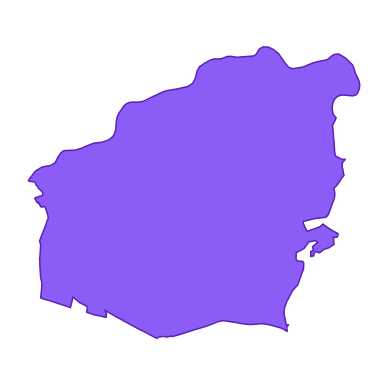 Pelču pag., Kuldigas, Latvia (Albers equal-area conic projection), rotated 272°
{"feature_id": "27541924B78611617538916", "entity_name": "Pelču pag.", "entity_type": "district", "adm_level": 2, "iso_a3": "LVA", "parent_name": "Latvia", "parent_adm1": "Kuldigas", "projection": "albers", "projection_center": [21.992, 56.908], "detail": "fine", "context": "isolated", "style": "filled", "palette": "violet", "viewbox_px": 384, "rotation_deg": 272, "n_neighbors": 0, "source": "geoboundaries", "source_scale": "gbopen_adm2", "svg_char_len": 5056}
<svg xmlns="http://www.w3.org/2000/svg" viewBox="0 0 384 384"><g transform="rotate(272 192 192)"><path d="M59.6,283.8L59.6,284.2L59.0,286.0L58.6,286.9L58.2,288.0L57.7,288.9L56.8,290.5L56.1,291.8L56.7,292.1L59.7,291.3L62.5,293.0L62.7,290.7L70.9,288.9L73.4,288.3L79.4,288.4L87.0,291.0L88.2,291.8L89.3,292.3L93.5,294.3L96.1,295.5L96.5,295.7L101.8,300.0L102.9,300.9L105.2,301.7L114.3,304.5L114.5,304.6L114.8,304.7L116.1,305.1L118.4,306.1L124.5,306.2L126.5,305.2L126.7,299.9L128.1,298.4L130.4,298.3L130.6,298.3L134.4,298.3L135.0,298.5L135.6,299.4L138.1,303.7L139.3,305.8L145.9,310.3L146.1,310.5L146.2,310.9L147.7,316.8L146.0,319.4L141.7,314.4L138.0,315.2L137.8,315.2L137.7,314.9L136.6,312.7L131.8,313.0L132.4,315.9L134.5,316.0L136.8,317.5L135.6,321.4L138.5,324.9L139.5,326.4L140.9,330.5L144.6,335.8L149.0,335.2L151.5,335.0L152.1,338.8L154.8,339.5L155.5,339.3L155.5,338.9L155.9,338.6L156.1,338.2L158.2,333.9L160.3,330.2L164.5,324.0L161.5,320.8L161.5,320.7L161.3,319.9L160.3,317.5L156.7,308.5L160.2,306.5L160.6,306.3L164.4,304.3L166.5,304.3L169.8,315.9L171.3,326.1L171.4,326.7L172.9,327.7L172.7,328.0L174.6,329.2L177.5,330.2L180.2,331.1L182.1,331.5L184.4,332.3L186.6,333.1L188.7,333.9L191.7,334.6L193.2,334.8L194.4,334.8L196.0,334.7L198.8,334.1L199.8,333.9L200.8,333.7L200.9,333.8L202.2,335.1L203.8,336.6L207.8,339.3L210.2,340.4L213.9,343.3L218.6,342.1L219.3,342.2L221.7,341.3L225.9,341.2L226.3,340.8L227.2,342.0L227.5,342.2L227.8,342.4L229.6,343.7L230.1,343.7L230.0,343.2L230.0,341.8L230.0,340.8L230.3,339.8L230.9,338.4L232.0,336.3L233.2,333.9L237.3,333.2L238.6,333.0L248.4,332.1L249.6,331.7L252.6,331.5L258.8,330.8L260.4,330.6L261.5,330.4L263.1,330.0L268.1,332.3L269.1,332.7L271.1,333.4L274.4,330.5L276.9,329.8L281.0,329.2L285.6,329.6L289.3,331.0L292.5,333.8L293.9,337.2L294.2,340.3L293.8,346.2L293.7,349.6L295.0,352.9L297.4,354.4L301.2,355.7L305.2,355.9L309.3,354.8L313.4,352.8L316.9,350.9L320.6,349.8L324.6,348.0L325.7,346.8L328.5,343.9L330.6,341.5L332.8,338.1L335.1,333.7L334.7,330.4L334.1,328.6L332.7,326.8L329.8,323.6L329.0,322.3L328.2,319.9L327.3,315.4L325.1,308.0L322.8,303.0L320.8,298.7L318.7,288.3L320.1,284.1L325.2,279.7L333.6,273.4L337.3,268.3L339.5,263.4L339.5,258.0L337.3,254.3L331.9,251.4L330.1,248.8L328.6,235.3L328.2,232.4L329.0,225.6L328.6,222.3L326.5,217.5L325.9,214.5L325.7,209.3L324.5,205.8L321.7,200.9L317.4,195.1L313.5,193.0L305.6,191.3L300.5,188.8L297.2,183.9L295.6,177.6L294.5,173.7L292.4,163.0L291.1,159.6L289.3,155.8L288.2,154.1L287.1,151.8L286.5,150.5L285.8,149.2L283.7,145.3L282.5,143.1L281.0,140.2L280.6,139.0L280.5,137.8L280.2,136.6L279.8,133.1L279.9,130.9L279.4,126.6L278.2,123.8L275.7,120.9L271.5,118.4L268.9,116.6L267.6,116.0L267.4,115.9L265.4,114.9L261.0,114.0L251.2,113.5L245.9,111.8L242.9,109.2L240.6,105.6L238.9,101.0L238.5,100.0L237.4,92.3L234.1,84.5L231.8,80.0L229.8,73.9L229.0,64.0L228.4,61.7L226.5,59.6L222.4,56.9L216.4,54.2L213.6,49.7L211.8,41.4L207.7,35.0L201.1,30.2L197.8,28.1L197.1,29.3L196.9,29.3L196.9,29.6L196.9,30.0L196.7,34.3L194.4,35.8L193.4,35.9L193.0,36.6L192.5,37.1L191.4,37.7L190.1,38.6L190.0,39.0L189.2,39.8L189.0,40.1L188.4,40.8L187.8,41.3L186.9,42.1L186.3,42.6L186.0,42.8L185.9,42.8L183.2,42.8L182.9,41.8L182.3,39.6L182.1,38.9L182.0,38.7L181.7,37.9L181.4,37.0L181.0,36.4L180.6,35.6L180.3,35.1L179.4,35.5L177.8,36.6L177.5,36.6L177.4,36.8L177.4,37.0L176.9,37.3L176.7,37.2L176.5,37.4L176.4,38.0L176.2,37.8L175.8,38.2L176.0,39.2L175.8,39.2L175.6,39.1L175.0,39.7L174.6,39.7L174.2,39.9L173.8,40.5L173.1,40.7L173.0,40.9L172.2,41.3L172.0,41.7L171.6,42.2L172.4,45.3L170.8,46.2L164.6,48.4L163.3,48.8L160.8,49.3L158.5,48.3L156.6,47.8L156.3,47.7L154.4,47.1L153.1,46.7L148.5,45.1L145.1,43.9L138.3,41.5L138.0,41.5L137.8,41.4L134.0,42.6L133.4,42.6L130.5,42.5L126.4,42.4L121.3,42.2L121.0,42.0L114.3,42.5L112.2,42.6L111.2,42.7L111.1,42.8L110.3,42.8L108.7,43.0L106.5,43.2L105.1,43.3L103.5,43.5L102.0,43.6L100.9,43.7L99.4,44.2L99.0,44.3L98.3,44.5L97.2,44.8L95.0,45.3L94.4,45.2L88.8,45.0L88.7,45.0L84.4,44.7L81.5,44.5L81.2,44.6L80.7,44.6L80.9,44.7L80.6,44.9L78.8,51.7L78.1,54.7L74.9,65.6L72.3,74.6L82.8,76.8L77.6,83.4L75.4,88.3L73.8,91.0L73.3,91.6L68.2,90.9L65.9,98.4L65.4,101.0L64.7,105.9L64.0,108.2L63.8,110.7L67.4,110.7L70.5,109.4L64.0,121.9L58.1,133.7L51.9,146.2L52.0,146.3L49.5,151.5L44.5,161.9L44.8,161.9L46.0,164.2L46.7,168.9L46.3,170.3L46.2,172.5L47.3,175.9L46.9,177.1L47.0,177.8L47.3,178.9L47.7,180.1L48.0,181.1L48.3,182.1L48.4,182.5L49.0,184.4L49.9,186.8L51.0,189.9L54.3,199.1L54.5,199.7L55.6,203.0L55.7,203.3L56.4,205.3L56.6,205.8L57.4,208.2L58.4,210.9L59.9,214.8L60.1,215.3L62.4,220.4L62.8,221.3L62.9,221.7L63.2,222.6L63.7,224.0L63.9,224.6L64.1,225.2L64.2,225.8L64.2,226.0L64.3,226.7L64.4,227.3L64.4,227.9L64.4,228.7L64.3,230.2L63.8,234.3L63.6,235.9L63.3,238.3L63.2,239.3L62.9,241.6L62.2,246.3L62.1,247.9L61.9,249.4L61.7,251.0L61.6,252.7L61.6,254.2L61.7,255.9L61.8,257.5L62.0,258.8L62.0,259.2L62.3,261.6L62.5,263.2L62.6,263.7L62.7,264.8L62.8,266.2L62.8,267.0L62.7,267.8L62.6,269.4L62.5,270.9L62.2,272.5L62.0,274.0L61.5,276.3L61.0,278.4L59.6,283.8Z" fill="#8b5cf6" stroke="#5b21b6" stroke-width="1.5"/></g></svg>